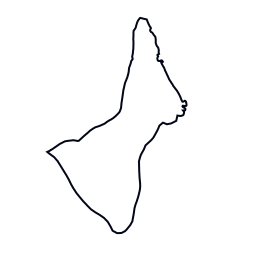 the district of Al Had, Lahij, Yemen, rotated 143°
{"feature_id": "15242507B34895471289505", "entity_name": "Al Had", "entity_type": "district", "adm_level": 2, "iso_a3": "YEM", "parent_name": "Yemen", "parent_adm1": "Lahij", "projection": "equal_earth", "projection_center": [45.197, 13.951], "detail": "fine", "context": "isolated", "style": "outline", "palette": "ink", "viewbox_px": 256, "rotation_deg": 143, "n_neighbors": 0, "source": "geoboundaries", "source_scale": "gbopen_adm2", "svg_char_len": 3997}
<svg xmlns="http://www.w3.org/2000/svg" viewBox="0 0 256 256"><g transform="rotate(143 128 128)"><path d="M206.9,157.5L206.8,157.0L206.0,154.1L204.5,149.1L204.2,144.5L204.1,143.9L204.3,142.5L204.5,139.6L204.6,138.7L204.7,137.5L205.1,133.3L205.2,132.1L205.4,130.4L205.4,130.0L205.6,127.8L206.3,122.6L207.0,119.0L207.3,117.5L208.0,112.3L208.0,110.8L208.2,108.7L208.3,106.9L208.1,101.5L208.0,99.3L207.9,97.1L207.8,96.0L207.3,91.8L207.2,90.5L206.5,85.3L206.2,84.4L205.0,80.8L204.9,80.5L204.6,79.7L203.0,75.9L201.3,70.7L200.8,66.7L200.6,65.4L201.2,60.1L201.6,57.9L201.9,56.3L202.1,55.2L200.4,51.5L200.0,50.6L196.4,48.1L192.4,47.4L192.0,47.5L191.9,47.5L190.3,47.7L184.6,49.1L180.6,50.9L180.2,51.3L175.0,56.1L172.1,59.0L171.0,60.1L168.1,62.3L165.1,64.2L162.0,66.4L159.6,68.2L158.7,69.0L155.7,71.5L153.4,74.0L151.7,76.4L148.7,81.3L148.5,81.6L145.0,86.8L141.2,92.1L140.6,92.9L139.4,94.7L137.4,96.3L135.4,97.8L133.7,98.9L133.1,99.2L128.3,101.3L124.4,103.6L123.3,103.7L117.0,104.3L116.5,104.4L115.4,104.6L113.4,105.1L111.3,106.0L107.7,107.6L104.6,109.1L101.5,111.0L97.2,111.2L96.9,111.2L96.4,110.5L94.7,107.6L90.8,105.7L85.3,104.7L85.2,104.7L81.6,107.7L81.1,108.2L80.7,107.8L78.6,105.8L77.7,105.5L76.5,105.1L75.9,105.1L75.3,105.5L74.8,105.9L74.2,106.2L73.8,106.8L73.4,107.4L73.5,108.2L73.5,108.9L72.9,108.5L72.4,108.0L71.8,107.8L71.2,108.1L70.7,108.7L70.7,109.4L70.9,110.3L71.2,111.0L71.5,111.6L71.5,112.4L70.9,112.8L70.4,112.4L69.9,112.0L69.5,111.4L69.0,111.0L68.4,110.7L67.8,110.8L67.3,111.3L66.9,112.0L66.5,112.7L66.2,113.5L65.9,114.2L65.9,115.1L66.3,115.6L67.0,115.6L67.6,115.7L68.1,115.8L68.7,116.3L68.6,117.1L68.5,117.8L68.3,118.6L68.1,119.4L67.8,120.2L67.6,121.0L67.4,121.7L67.3,122.5L67.1,123.3L66.9,124.1L66.9,124.9L66.7,125.8L66.6,126.6L66.6,127.5L66.4,128.5L66.5,129.3L66.5,130.0L66.5,130.8L66.5,131.6L66.5,132.3L66.5,133.2L66.5,134.0L66.5,134.8L66.3,135.6L66.2,136.6L66.2,137.6L66.1,138.5L66.0,139.3L66.0,139.6L66.0,140.3L65.9,141.3L65.8,142.2L65.6,143.0L65.4,143.9L65.2,144.8L65.0,145.6L64.8,146.6L64.7,147.3L64.5,148.1L64.3,148.9L64.1,149.8L63.9,150.9L63.8,151.7L63.5,152.4L63.3,153.1L63.1,153.8L62.9,154.6L62.8,155.4L62.8,156.2L62.7,157.0L62.5,158.0L62.4,158.9L62.3,159.6L62.0,160.4L61.4,160.3L60.9,159.9L60.3,159.9L60.2,160.7L60.3,161.5L60.8,162.0L61.4,162.2L62.0,162.3L62.6,162.6L63.2,163.1L63.5,163.7L63.4,164.6L63.1,165.2L62.7,165.9L62.2,166.4L61.7,166.7L60.8,167.1L60.8,167.9L60.6,168.6L60.0,168.7L58.6,168.5L58.4,169.2L58.0,169.9L57.6,170.4L57.2,171.0L56.6,171.5L56.3,172.2L55.9,173.2L55.6,173.9L55.5,174.7L55.6,175.4L55.6,176.2L55.4,177.0L55.2,177.8L54.9,178.7L54.6,179.3L54.1,180.0L53.6,180.7L53.1,181.3L52.7,181.8L52.3,182.5L51.9,183.2L51.6,183.8L51.3,184.6L51.3,185.5L51.4,186.3L51.4,187.1L51.3,187.9L51.2,188.8L51.3,189.6L51.5,190.3L51.9,191.0L51.8,191.8L51.7,192.5L51.3,193.0L50.7,193.4L50.1,193.6L49.6,194.0L49.4,194.7L49.5,195.3L49.2,197.6L48.3,201.4L47.7,203.4L51.1,207.5L51.9,208.5L52.5,208.6L53.5,208.3L54.9,207.9L56.3,207.3L57.7,206.4L58.8,205.6L60.0,204.7L61.1,203.8L62.3,203.1L63.6,202.7L64.9,202.3L65.9,201.3L66.8,200.1L67.9,198.7L69.0,197.3L70.0,196.2L71.0,194.7L71.9,193.4L72.9,192.0L74.0,190.7L74.5,190.0L75.1,189.3L76.2,187.9L77.3,186.8L78.4,185.6L79.5,184.4L80.8,183.3L81.8,182.4L82.7,180.3L83.9,179.9L85.2,179.5L86.3,178.5L87.7,177.5L89.0,176.6L90.2,175.9L91.4,174.9L92.5,173.7L93.5,172.6L94.6,171.6L96.0,170.5L96.0,170.4L97.2,169.6L98.3,168.7L99.6,168.0L100.8,167.2L102.2,166.4L103.4,165.6L104.8,164.5L106.0,163.4L107.2,162.4L108.5,161.4L114.5,155.4L117.5,152.5L118.0,152.0L121.6,148.1L123.0,147.2L124.2,146.4L125.5,145.8L127.0,145.5L128.3,145.3L129.8,145.1L131.1,144.9L132.5,144.9L133.8,144.8L135.2,144.9L136.5,145.0L138.0,145.3L139.7,145.4L141.3,145.6L143.0,145.5L144.4,145.6L149.5,146.8L153.9,148.3L157.0,148.6L160.2,148.7L162.9,148.4L168.1,148.1L175.0,147.4L176.1,148.0L177.3,149.4L178.7,150.8L179.1,151.2L181.2,152.4L183.2,153.6L186.4,155.3L192.0,156.3L202.3,156.7L202.8,157.0L204.2,156.9L206.9,157.5Z" fill="none" stroke="#020617" stroke-width="2"/></g></svg>